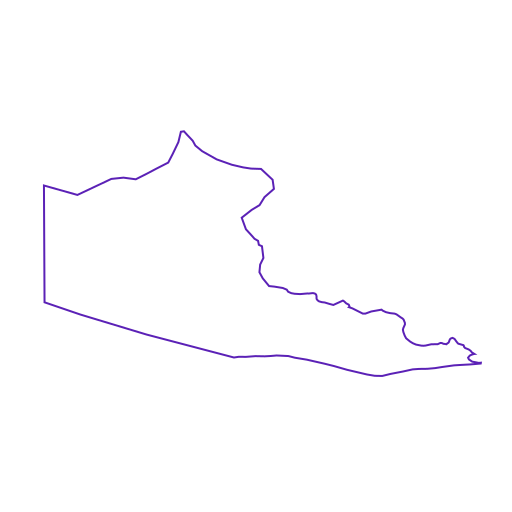 outline of Keur Macene, Trarza, Mauritania, rotated 265°
{"feature_id": "47542326B95460333313215", "entity_name": "Keur Macene", "entity_type": "district", "adm_level": 2, "iso_a3": "MRT", "parent_name": "Mauritania", "parent_adm1": "Trarza", "projection": "mercator", "projection_center": [-16.333, 16.533], "detail": "fine", "context": "isolated", "style": "outline", "palette": "violet", "viewbox_px": 512, "rotation_deg": 265, "n_neighbors": 0, "source": "geoboundaries", "source_scale": "gbopen_adm2", "svg_char_len": 2190}
<svg xmlns="http://www.w3.org/2000/svg" viewBox="0 0 512 512"><g transform="rotate(265 256 256)"><path d="M386.3,192.0L376.2,188.6L364.9,181.9L356.7,176.7L351.5,163.9L347.2,153.7L342.9,142.9L345.6,130.8L345.4,118.6L332.4,83.4L344.7,50.9L228.3,41.3L213.0,75.9L187.3,140.1L156.8,225.2L157.1,230.1L156.4,237.2L156.3,246.6L155.3,256.0L155.1,262.2L155.1,267.9L153.5,279.6L151.3,285.8L148.3,297.6L142.7,315.0L139.6,324.0L134.7,336.8L128.3,356.2L126.3,363.9L125.5,371.3L126.8,379.7L128.1,392.2L129.4,402.2L129.3,408.6L128.7,416.6L128.7,424.6L129.2,431.7L129.8,443.8L129.6,451.3L129.3,460.5L129.3,464.5L129.3,470.5L130.1,470.7L130.1,468.5L130.9,465.9L131.9,462.2L134.4,459.1L136.2,458.4L137.4,459.5L138.4,460.7L138.9,462.4L139.2,463.6L139.4,464.7L139.4,465.0L141.2,462.6L142.9,461.5L144.4,459.7L146.1,456.3L147.5,455.3L148.5,455.2L149.1,454.9L149.7,453.3L150.4,451.5L151.0,449.9L151.8,449.2L153.8,447.9L155.9,446.7L156.7,445.7L157.3,444.6L156.9,443.0L156.4,442.2L155.2,441.4L153.7,440.8L152.8,440.1L152.1,438.7L151.5,438.1L151.9,436.5L152.2,435.1L153.1,433.5L153.2,432.6L153.3,432.1L152.7,430.4L152.3,429.3L152.8,423.0L152.0,417.1L152.0,415.1L152.3,412.9L153.8,407.7L155.4,404.7L157.3,402.1L160.9,398.4L163.7,397.2L167.3,396.2L169.7,395.9L171.4,396.5L174.8,398.4L176.4,398.5L179.8,397.5L181.0,396.5L182.2,394.9L185.6,390.9L186.5,389.1L187.4,384.6L188.7,380.6L190.5,377.5L191.6,376.4L190.7,366.0L189.1,360.0L189.3,357.4L195.4,347.5L196.9,344.2L197.3,344.8L198.0,344.6L199.4,344.2L200.4,342.7L200.9,341.8L203.1,339.9L204.0,338.7L200.5,328.8L201.9,324.9L203.7,320.4L204.3,317.5L205.3,314.9L206.2,313.8L207.5,312.8L208.5,312.6L210.6,312.8L212.4,312.5L213.5,311.3L214.0,309.8L214.1,308.9L214.0,305.5L214.2,303.8L214.2,296.7L215.0,291.2L215.9,287.9L217.6,284.9L219.8,283.7L221.8,279.9L223.9,271.6L224.9,266.4L233.1,260.8L239.5,258.0L247.1,259.4L253.4,263.2L265.2,262.8L266.9,259.8L270.9,259.4L273.3,256.0L275.8,254.2L283.5,248.3L295.4,245.1L302.3,255.7L306.4,264.0L313.9,269.6L321.3,279.7L330.5,279.2L342.3,268.6L343.5,258.7L345.4,250.9L349.0,239.9L355.7,225.2L365.1,211.5L371.3,205.2L376.3,203.0L379.0,200.9L382.5,198.1L386.5,195.1L386.3,192.0Z" fill="none" stroke="#5b21b6" stroke-width="2"/></g></svg>